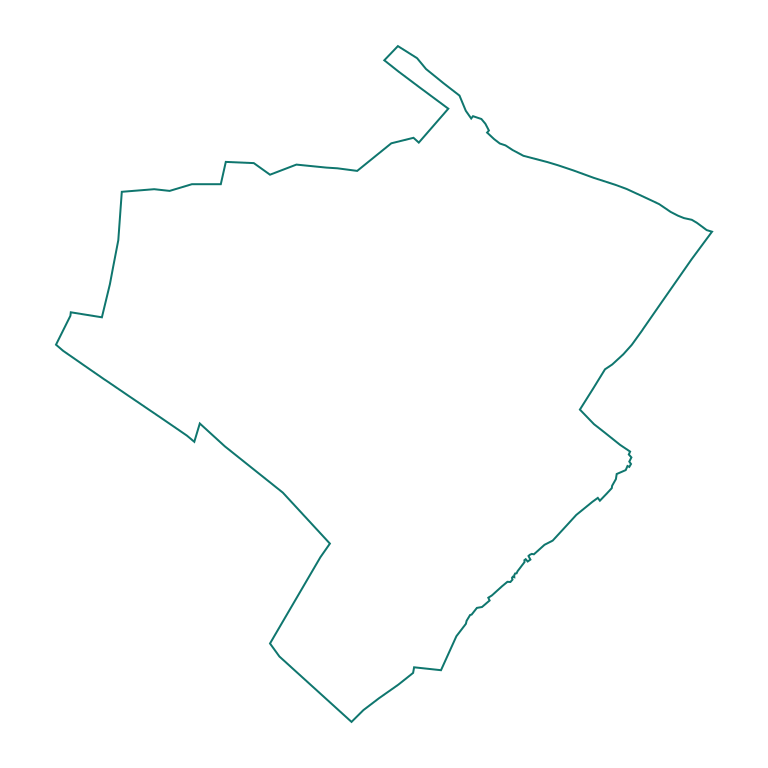 the district of Kolomotu'a, Tongatapu, Tonga
{"feature_id": "48082658B41580202055285", "entity_name": "Kolomotu'a", "entity_type": "district", "adm_level": 2, "iso_a3": "TON", "parent_name": "Tonga", "parent_adm1": "Tongatapu", "projection": "equal_earth", "projection_center": [-175.229, -21.143], "detail": "fine", "context": "isolated", "style": "outline", "palette": "teal", "viewbox_px": 768, "rotation_deg": 0, "n_neighbors": 0, "source": "geoboundaries", "source_scale": "gbopen_adm2", "svg_char_len": 1914}
<svg xmlns="http://www.w3.org/2000/svg" viewBox="0 0 768 768"><path d="M712.0,231.7L706.7,230.1L697.0,222.9L691.8,219.8L684.0,218.1L678.0,215.7L670.6,211.9L659.1,204.1L649.6,199.6L626.7,189.0L615.3,184.8L593.9,177.9L573.3,170.4L558.1,165.3L547.5,162.1L523.4,155.8L512.7,150.1L505.5,145.4L499.8,143.5L494.1,139.1L487.1,132.6L488.9,130.5L485.4,123.8L481.4,119.0L473.0,116.2L471.2,118.5L465.8,110.8L459.5,95.6L443.5,83.2L426.0,69.0L417.1,58.2L397.9,46.1L384.3,60.3L398.7,71.7L420.0,87.7L448.3,108.7L418.8,142.6L413.5,137.8L391.3,143.3L376.7,155.1L357.2,170.9L337.4,168.3L326.4,167.6L296.4,164.6L270.0,174.7L253.8,163.1L225.8,161.9L220.8,184.2L191.9,184.2L169.6,190.9L154.2,189.2L121.8,191.8L118.3,240.2L113.0,267.7L109.9,284.2L101.9,317.3L70.8,312.3L70.4,315.8L56.0,344.7L63.1,350.8L84.4,365.6L104.9,379.8L105.0,379.8L128.2,395.6L164.0,419.9L186.9,435.6L194.3,441.8L199.8,423.5L224.9,446.4L282.8,492.6L329.9,543.6L320.4,557.2L274.6,635.6L272.4,639.4L270.0,643.5L279.4,656.5L320.1,693.4L351.5,721.9L363.4,710.1L378.9,698.3L398.4,684.6L413.1,672.9L414.1,667.3L441.0,670.2L456.4,636.2L465.9,623.8L466.6,620.8L470.1,615.0L471.6,614.6L476.9,607.9L482.0,607.0L489.6,600.5L488.3,597.7L491.8,595.5L502.1,586.2L507.4,581.8L510.4,582.0L512.5,579.6L512.0,577.9L512.8,576.7L514.3,577.2L514.2,575.3L515.1,573.5L516.6,573.3L517.5,571.3L524.5,562.1L524.4,560.2L525.7,559.2L527.7,561.5L530.4,559.6L528.5,556.0L529.8,554.8L531.8,553.9L533.9,554.3L544.5,544.8L552.7,540.6L565.6,526.6L576.3,514.9L592.3,501.9L597.8,497.9L599.9,500.7L607.0,493.3L611.8,488.1L612.1,485.8L615.9,479.1L616.7,474.0L621.6,471.9L625.7,470.1L627.5,466.0L629.3,466.9L631.0,464.0L629.3,461.6L631.4,457.4L628.8,454.5L630.1,451.6L620.0,444.8L604.5,432.4L594.0,424.2L579.9,409.6L593.5,388.0L605.0,369.3L612.2,364.5L623.4,354.2L631.8,344.8L642.4,330.1L642.8,329.4L661.8,302.0L676.1,281.5L691.5,259.4L712.0,231.7Z" fill="none" stroke="#0f766e" stroke-width="2"/></svg>